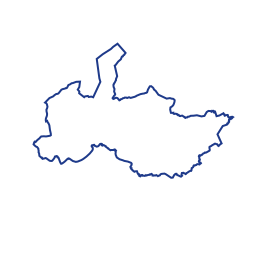 the district of Birnin Gwari, Kaduna, Nigeria, rotated 226°
{"feature_id": "59680162B79463473975333", "entity_name": "Birnin Gwari", "entity_type": "district", "adm_level": 2, "iso_a3": "NGA", "parent_name": "Nigeria", "parent_adm1": "Kaduna", "projection": "robinson", "projection_center": [6.471, 10.872], "detail": "fine", "context": "isolated", "style": "outline", "palette": "blue", "viewbox_px": 256, "rotation_deg": 226, "n_neighbors": 0, "source": "geoboundaries", "source_scale": "gbopen_adm2", "svg_char_len": 5788}
<svg xmlns="http://www.w3.org/2000/svg" viewBox="0 0 256 256"><g transform="rotate(226 128 128)"><path d="M165.2,45.1L164.1,46.9L163.6,47.9L162.9,48.2L158.9,48.9L157.9,49.6L157.2,50.3L157.1,51.0L157.3,52.6L157.5,54.0L158.2,55.6L157.7,56.1L157.8,56.5L157.6,57.0L156.7,57.5L156.1,57.4L156.0,57.1L155.7,56.9L155.5,57.0L155.3,57.3L154.7,57.3L150.7,55.5L148.8,55.0L148.4,55.4L148.0,57.3L147.8,59.2L147.8,63.2L147.5,64.0L146.9,64.0L146.8,64.5L146.6,64.6L142.6,65.4L139.9,66.9L138.8,68.5L137.3,72.2L136.8,74.3L136.3,78.2L136.2,82.7L136.6,86.5L137.0,87.7L138.1,88.8L138.6,89.0L139.8,89.0L140.3,89.3L140.6,90.0L140.5,90.3L140.0,90.8L139.7,91.6L139.3,92.0L138.5,91.6L137.7,92.1L136.5,92.4L135.8,93.4L135.6,94.1L135.6,94.6L135.9,96.7L135.8,97.1L135.4,97.3L135.0,98.0L134.8,98.1L133.9,97.1L133.2,97.3L133.2,98.2L132.9,98.4L132.7,98.2L132.1,98.8L130.7,99.2L130.4,99.3L130.2,99.0L128.0,99.4L127.5,99.3L127.3,99.6L126.2,99.6L124.6,99.8L124.1,100.0L123.9,100.6L122.3,102.2L122.1,103.2L121.9,103.4L121.0,103.1L120.9,103.7L120.1,103.6L120.1,103.3L119.1,102.3L118.4,101.4L117.2,100.5L114.6,99.5L111.4,100.2L108.3,101.9L106.9,102.5L103.9,104.6L103.2,104.9L100.9,106.0L100.2,106.0L99.5,105.7L99.4,105.2L98.7,104.4L98.4,102.7L97.3,102.2L96.7,102.6L96.2,101.9L95.0,102.1L94.5,101.8L93.7,102.0L93.2,102.0L92.6,102.3L92.1,102.2L91.7,103.2L90.7,104.4L89.5,103.9L89.1,103.6L88.6,103.5L88.1,103.6L87.7,103.3L87.3,103.8L86.9,103.8L86.4,103.2L85.7,102.8L84.9,103.1L84.6,103.3L84.6,103.8L85.2,103.6L85.3,104.1L84.9,104.4L84.6,105.3L84.3,105.6L83.3,105.5L82.6,106.5L82.0,106.7L81.5,107.6L81.6,108.2L80.9,108.4L80.4,109.6L79.7,110.6L79.6,111.2L79.1,111.3L79.0,111.7L79.0,112.3L78.6,113.1L77.6,113.0L76.8,112.6L76.5,113.1L76.1,113.2L75.9,113.8L75.0,114.4L74.5,115.6L74.1,115.6L73.2,116.1L72.6,116.1L72.3,117.1L71.9,117.7L71.8,118.0L72.1,119.1L71.9,119.8L71.6,120.4L69.8,122.6L68.5,123.1L62.2,124.5L61.2,125.8L62.1,128.6L61.9,129.0L62.1,129.9L61.9,130.5L61.3,131.1L60.7,130.8L59.9,130.7L59.6,131.0L57.3,131.8L56.2,132.3L56.1,133.8L57.3,134.1L58.2,135.5L57.3,136.7L56.8,136.6L56.2,137.2L54.8,137.4L54.7,137.8L54.9,138.8L54.6,139.6L54.4,141.3L53.8,143.3L53.3,143.7L53.6,144.5L54.3,145.2L54.9,146.0L54.7,146.5L54.6,147.7L55.3,148.9L55.4,149.3L55.1,149.7L54.6,149.9L54.5,150.6L54.0,151.3L54.0,152.4L53.5,153.2L52.1,154.1L52.2,154.9L52.0,155.5L52.0,156.0L52.6,156.1L52.8,155.5L53.5,155.6L54.1,155.5L54.7,155.7L55.1,156.3L55.3,156.7L55.0,157.1L55.5,157.9L56.7,158.2L57.0,158.4L57.6,159.2L58.3,159.2L58.5,159.4L58.8,160.1L58.7,160.6L57.7,161.1L57.7,162.2L57.3,162.6L57.4,164.5L56.8,165.7L56.9,166.4L56.3,166.8L56.0,167.3L55.1,170.9L55.4,171.6L56.9,172.6L57.7,173.3L57.8,173.6L57.2,175.6L57.1,177.0L56.6,178.1L56.6,179.0L56.5,179.4L55.8,180.1L55.0,180.3L54.3,180.9L53.0,180.6L52.9,180.5L52.1,180.7L52.2,181.5L52.2,183.1L51.9,184.6L61.3,188.0L63.6,197.5L61.7,201.5L61.7,201.9L61.9,202.0L61.7,202.3L61.8,202.8L62.2,203.0L61.9,203.7L62.1,204.6L62.3,204.5L62.4,204.9L62.9,205.1L63.0,205.4L62.9,205.6L63.3,206.2L63.7,206.3L64.0,206.7L63.4,207.4L63.3,208.1L63.1,208.2L63.2,208.5L62.8,209.0L62.9,209.4L62.8,209.8L63.1,210.0L62.9,211.1L63.4,211.0L64.4,209.9L64.7,208.6L65.0,208.4L66.0,208.1L66.2,207.8L66.7,207.9L67.9,208.8L68.2,208.7L68.5,208.4L69.2,207.2L69.6,206.1L70.0,206.1L70.3,206.7L70.9,206.9L71.7,206.5L72.3,206.8L73.5,202.4L75.0,199.9L79.4,202.1L79.6,202.0L79.7,201.1L79.5,200.6L79.8,200.5L80.2,200.6L80.5,200.8L80.9,201.4L81.0,201.4L81.5,200.7L82.0,200.4L81.8,199.3L82.9,199.1L84.3,197.8L84.5,197.3L84.8,195.7L83.6,191.4L85.3,188.9L89.3,186.4L91.4,183.6L93.2,181.6L93.7,179.9L94.5,179.0L94.4,178.2L94.6,178.1L95.3,176.9L95.3,176.4L96.0,176.1L96.6,176.4L96.9,176.3L97.1,176.0L99.1,175.7L99.9,174.7L100.1,174.1L100.7,173.5L101.2,173.6L102.2,173.5L102.3,172.9L102.8,172.8L103.6,172.7L103.8,173.0L104.2,172.9L105.5,171.9L106.0,171.0L106.6,170.7L107.1,170.8L107.5,171.2L108.0,170.5L109.1,169.4L111.9,171.1L113.3,172.8L112.9,174.9L113.0,176.4L113.5,177.7L114.5,179.6L115.6,180.9L116.9,180.9L117.9,180.6L118.6,179.9L120.4,178.9L122.3,176.2L130.8,173.0L135.6,173.7L137.8,173.4L138.4,173.8L139.7,174.0L142.0,173.7L142.8,172.6L141.8,169.1L140.4,166.5L140.7,165.3L141.1,164.9L141.6,163.6L142.5,162.4L143.7,160.5L145.3,156.4L145.3,155.8L145.8,154.5L147.8,150.8L149.4,150.1L150.2,148.2L150.9,148.0L152.1,146.9L152.3,146.0L153.0,144.9L153.0,144.3L153.3,143.3L153.8,142.6L153.6,141.7L153.9,141.0L156.8,141.2L157.7,140.7L158.3,140.1L158.7,138.4L159.1,137.6L160.2,137.7L160.9,140.6L160.8,141.2L161.2,142.3L163.8,143.3L165.5,145.4L166.2,145.7L167.0,145.9L168.4,146.8L169.2,147.6L169.4,147.9L169.4,148.5L169.8,149.0L169.8,149.8L170.6,151.9L170.8,152.7L171.5,153.2L172.8,156.2L182.1,161.8L181.9,162.7L182.6,167.1L182.4,170.6L183.5,172.9L183.5,173.5L183.2,173.7L183.1,174.0L183.5,175.2L183.2,176.1L183.5,176.7L183.5,177.9L183.7,178.4L195.9,179.0L196.7,173.7L196.7,170.6L198.6,161.2L199.4,153.5L183.6,141.9L180.4,140.2L174.3,124.3L176.1,123.4L177.6,121.3L178.9,121.4L180.6,119.0L180.6,117.9L186.9,117.0L188.1,118.4L190.5,118.5L191.3,121.4L194.7,125.7L197.2,122.8L198.6,119.6L199.4,118.4L199.6,116.7L200.3,115.0L199.3,112.1L199.4,111.4L199.9,111.0L200.1,110.1L201.4,107.9L201.8,106.7L201.2,102.1L201.4,101.2L202.3,100.0L202.7,97.9L202.7,96.2L204.1,92.3L203.9,86.0L202.6,86.4L201.5,86.2L199.3,84.9L198.5,83.7L197.8,82.0L196.5,80.9L194.6,79.8L193.7,78.9L193.0,77.9L191.9,75.6L190.8,74.3L189.7,73.6L189.3,74.8L187.6,74.1L186.7,74.1L184.6,73.3L180.8,70.5L177.5,68.5L176.4,67.5L176.5,66.8L177.0,65.9L178.7,63.4L179.4,62.7L180.5,61.7L182.2,59.7L182.2,57.9L182.0,56.9L182.2,56.3L182.3,53.7L182.1,52.1L182.4,51.0L182.9,51.2L182.9,50.7L181.8,48.7L179.3,48.8L178.3,49.0L177.5,49.4L175.5,49.2L175.1,48.8L173.8,48.0L172.5,46.7L171.6,46.5L169.5,44.9L166.4,45.1L166.4,45.5L166.1,45.5L165.6,45.2L165.2,45.1Z" fill="none" stroke="#1e3a8a" stroke-width="2"/></g></svg>